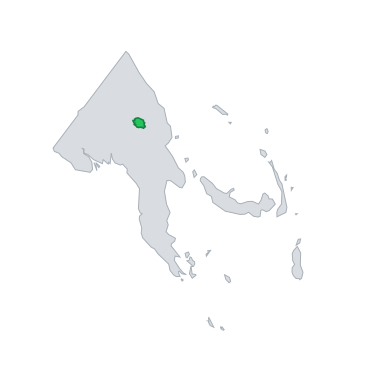 location of Kompiam District, Enga, Papua New Guinea, rotated 37°
{"feature_id": "67681753B5987121192502", "entity_name": "Kompiam District", "entity_type": "district", "adm_level": 2, "iso_a3": "PNG", "parent_name": "Papua New Guinea", "parent_adm1": "Enga", "projection": "mercator", "projection_center": [143.976, -5.26], "detail": "fine", "context": "in_parent", "style": "filled", "palette": "green", "viewbox_px": 384, "rotation_deg": 37, "n_neighbors": 0, "source": "geoboundaries", "source_scale": "gbopen_adm2", "svg_char_len": 5721}
<svg xmlns="http://www.w3.org/2000/svg" viewBox="0 0 384 384"><g transform="rotate(37 192 192)"><path d="M54.6,240.5L54.6,199.2L52.5,196.1L54.6,188.8L54.6,119.5L58.5,119.9L77.5,128.3L90.3,132.7L101.4,134.7L111.7,141.7L119.3,142.0L130.6,151.7L135.2,152.4L143.2,160.5L143.6,167.1L142.8,171.3L154.9,175.2L166.6,180.9L172.9,181.5L176.4,183.4L180.8,188.2L181.6,194.7L179.1,195.8L168.2,195.8L165.1,197.9L169.5,208.0L179.3,217.3L186.8,221.5L189.0,229.9L192.8,232.6L195.2,239.3L199.1,240.0L206.6,238.9L207.8,241.7L206.7,245.9L207.8,247.6L221.6,251.2L217.0,253.4L219.1,257.3L228.1,260.6L233.7,261.8L237.1,261.4L233.1,263.4L229.6,262.8L229.0,263.4L230.4,265.0L233.3,266.7L230.3,269.0L227.3,269.3L221.7,267.9L216.8,263.6L201.7,261.8L196.5,260.0L192.4,260.6L180.2,258.3L176.2,255.4L173.5,250.9L166.3,245.5L164.6,242.9L165.3,239.4L163.3,239.9L159.1,237.4L148.1,221.0L142.5,218.7L128.5,215.9L126.5,212.7L119.9,211.5L118.5,213.6L113.2,215.1L108.6,213.5L104.1,209.5L109.5,218.6L107.6,218.5L108.4,219.9L107.4,220.1L101.6,219.6L103.4,223.3L93.8,225.4L86.7,224.7L83.3,225.6L81.8,225.5L80.0,222.7L77.4,223.3L79.6,223.3L82.3,226.5L88.3,226.0L94.1,228.5L99.0,233.8L98.8,237.6L85.5,244.4L77.8,241.5L66.6,242.2L62.6,241.1L57.6,242.4L54.6,240.5ZM255.0,149.3L257.7,151.1L260.5,149.2L265.8,151.6L264.8,160.5L263.1,163.0L258.6,163.9L258.0,165.2L261.0,170.4L259.8,172.3L255.8,174.3L249.4,174.1L247.7,177.7L244.1,180.9L230.1,187.3L215.0,187.8L210.0,183.8L204.7,184.5L197.7,179.9L191.8,178.0L190.7,176.2L190.8,173.9L192.4,172.6L202.9,172.8L209.5,174.6L218.3,173.5L220.7,172.1L221.6,166.4L223.0,164.0L224.5,165.1L222.7,169.5L224.8,173.5L231.0,172.3L234.9,173.3L238.0,172.1L242.4,165.9L245.9,163.1L252.3,161.6L252.1,157.1L249.9,150.8L250.8,149.0L255.0,149.3ZM331.5,195.1L330.7,197.2L330.2,196.5L327.1,198.4L323.4,197.8L320.1,195.8L317.6,192.2L317.5,188.1L313.9,186.3L309.3,181.1L308.4,177.7L308.8,172.1L315.5,175.3L322.4,185.1L329.0,189.4L331.5,195.1ZM279.3,151.8L274.8,160.7L272.0,157.1L270.9,154.5L270.7,147.7L263.5,137.5L256.1,134.2L241.1,123.6L235.2,121.9L236.6,121.4L236.6,118.9L244.0,124.4L248.6,125.7L254.8,130.0L258.9,131.4L277.1,147.2L279.3,151.8ZM159.6,107.8L173.8,108.2L174.0,109.4L172.2,109.5L169.8,111.6L161.3,111.0L157.6,112.1L157.3,110.6L158.7,110.2L158.5,108.6L159.6,107.8ZM231.1,244.8L233.7,246.3L236.0,246.1L237.6,247.9L237.9,250.8L237.0,251.4L236.3,250.5L229.4,250.0L230.8,248.3L229.5,245.0L231.1,244.8ZM229.4,120.5L224.4,120.5L220.7,117.0L225.6,115.4L229.3,117.0L229.4,120.5ZM241.4,257.4L244.6,255.6L245.3,256.2L244.1,260.7L239.1,258.8L235.7,251.6L241.4,257.4ZM267.8,238.5L273.3,237.7L275.9,239.6L276.7,240.3L276.2,242.2L271.6,241.4L267.8,238.5ZM280.6,281.9L290.8,286.9L287.0,287.7L283.8,286.3L283.4,285.1L282.1,285.5L282.8,284.7L280.6,281.9ZM184.9,179.1L180.4,175.4L180.6,172.9L185.4,175.2L184.9,179.1ZM227.8,247.5L226.4,247.6L223.4,245.1L225.2,242.1L227.3,243.2L227.8,247.5ZM307.2,171.8L305.3,165.9L307.0,164.1L308.7,167.9L307.2,171.8ZM169.2,171.8L166.1,169.5L168.4,167.3L169.8,168.5L169.2,171.8ZM217.0,100.0L215.3,100.4L213.0,98.5L213.6,96.3L216.3,97.7L217.0,100.0ZM148.5,157.1L146.6,159.3L145.3,157.6L147.4,155.3L148.5,157.1ZM242.0,227.4L242.1,234.6L240.7,233.2L241.4,230.2L239.9,229.4L242.0,227.4ZM100.2,229.3L103.3,232.2L95.9,227.5L100.2,229.3ZM102.9,228.6L98.8,227.4L98.0,226.5L102.8,226.9L102.9,228.6ZM300.5,282.6L300.2,283.6L297.5,283.8L295.7,282.4L297.5,282.7L297.2,281.7L300.5,282.6ZM270.1,127.6L270.3,130.9L268.4,128.5L270.1,127.6ZM260.2,125.8L259.4,126.7L257.5,124.4L257.9,123.9L260.2,125.8ZM238.0,267.6L237.7,269.1L235.9,268.3L236.1,267.4L238.0,267.6ZM258.5,123.2L257.1,123.6L257.3,121.4L258.5,123.2ZM181.4,112.8L181.6,114.5L179.5,114.1L181.4,112.8ZM289.1,146.0L288.8,147.6L287.7,147.1L289.1,146.0Z" fill="#d9dde1" stroke="#a8b0b8" stroke-width="1"/><path d="M104.3,165.2L102.8,166.9L102.7,167.0L102.7,167.3L102.7,167.5L102.8,167.6L102.7,167.8L102.6,168.0L102.4,168.2L102.3,168.3L102.5,168.5L102.8,168.7L102.8,168.8L102.9,169.0L103.0,169.0L103.0,169.3L103.1,169.5L102.9,169.5L102.6,169.6L102.4,169.8L102.3,170.0L102.2,170.1L101.8,170.3L101.8,170.5L102.2,170.8L102.3,170.9L102.5,170.9L102.7,171.0L102.8,171.0L103.0,171.2L103.2,171.3L103.3,171.4L103.4,171.5L104.4,171.9L104.6,172.0L104.9,171.7L104.9,171.8L105.0,171.8L105.2,172.0L105.3,172.0L105.2,172.0L105.3,172.1L105.5,172.2L105.5,172.3L105.6,172.5L105.8,172.5L105.7,172.5L105.8,172.7L105.7,172.8L105.8,172.8L105.9,173.0L106.0,173.0L106.4,172.8L106.5,172.7L106.7,172.4L106.8,172.3L107.0,172.5L107.2,172.8L107.3,172.9L107.6,173.0L107.8,173.1L108.5,173.2L108.7,173.3L108.9,173.3L109.0,173.3L109.2,173.2L109.3,173.2L109.5,173.1L109.8,173.0L110.0,172.9L110.3,172.8L110.3,172.7L110.5,172.7L110.8,172.5L111.0,172.4L111.3,172.3L111.2,172.3L111.2,172.2L111.2,171.9L111.3,171.7L111.4,171.4L111.5,171.3L111.8,171.3L112.0,171.3L112.2,171.2L112.3,171.1L112.5,171.1L112.8,171.0L112.9,170.8L112.9,170.7L113.1,170.3L113.2,170.2L113.3,170.2L113.3,170.3L113.4,170.2L113.5,170.2L113.6,170.3L113.8,170.3L114.0,170.4L114.3,170.4L114.5,170.4L114.8,170.4L115.0,170.2L115.0,169.9L115.0,169.7L115.1,169.4L115.1,169.2L115.1,168.9L115.1,168.7L115.0,168.4L114.9,168.4L114.9,168.2L114.9,167.9L115.0,167.9L115.0,167.7L114.9,167.6L115.0,167.6L114.9,167.5L114.7,167.6L114.4,167.6L114.2,167.6L113.9,167.5L113.8,167.4L113.7,167.4L113.6,167.2L113.6,167.3L113.5,167.2L113.4,167.1L113.3,166.9L113.2,166.9L113.1,166.7L112.9,166.5L112.9,166.4L112.9,166.2L112.7,166.2L112.8,166.0L112.7,165.9L112.8,165.8L112.8,165.7L112.7,165.6L112.4,165.5L112.4,165.4L112.4,165.2L112.2,165.2L111.9,165.1L111.7,165.1L111.4,165.1L111.2,165.1L111.0,164.9L110.9,164.9L110.7,164.8L110.7,164.7L110.5,164.4L110.4,164.3L110.3,164.2L110.2,164.2L110.0,163.9L104.3,165.2Z" fill="#22c55e" stroke="#15803d" stroke-width="1.5"/></g></svg>